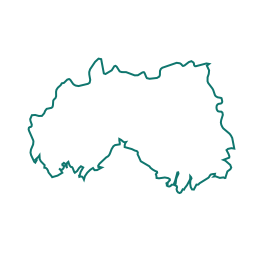 SVG path tracing the border of Côtes-d'Armor, rotated 169°
{"feature_id": "FRA-5283", "entity_name": "Côtes-d'Armor", "entity_type": "Metropolitan department", "adm_level": 1, "iso_a3": "FRA", "parent_name": "France", "parent_adm1": "", "projection": "mercator", "projection_center": [-2.816, 48.456], "detail": "fine", "context": "isolated", "style": "outline", "palette": "teal", "viewbox_px": 256, "rotation_deg": 169, "n_neighbors": 0, "source": "natural_earth", "source_scale": "10m", "svg_char_len": 3714}
<svg xmlns="http://www.w3.org/2000/svg" viewBox="0 0 256 256"><g transform="rotate(169 128 128)"><path d="M27.6,87.5L30.4,88.5L33.8,88.4L35.5,87.5L34.3,83.5L33.9,80.8L34.3,79.6L40.4,78.5L38.7,77.4L34.7,72.3L34.2,69.5L35.4,68.0L38.7,66.4L41.2,61.9L41.9,60.4L42.6,60.4L43.7,61.3L47.4,61.5L51.4,63.9L53.0,64.0L52.3,64.5L52.0,65.0L51.8,65.6L51.4,66.4L54.1,66.6L55.6,66.5L56.6,65.8L57.8,64.4L58.6,63.8L68.3,60.1L69.7,59.1L70.5,59.1L71.6,59.4L75.1,55.0L76.9,55.5L77.7,58.0L77.6,61.5L76.8,64.6L75.3,66.4L75.4,67.2L75.5,67.7L76.1,68.8L76.5,66.6L77.5,64.9L81.0,60.6L83.8,58.1L84.8,56.8L86.0,57.4L88.2,54.7L89.7,54.3L91.1,55.2L91.9,56.8L92.0,58.7L91.2,60.4L91.2,61.5L92.8,62.8L91.9,64.2L90.4,68.8L89.6,70.2L87.2,73.5L87.2,74.9L88.0,74.9L91.9,66.9L94.1,63.6L96.0,64.0L97.2,63.0L98.4,62.7L99.6,63.0L100.8,64.0L99.9,65.2L100.4,65.4L100.6,65.4L100.8,65.6L100.8,66.4L99.7,66.8L98.8,67.3L96.8,68.8L96.8,69.9L98.3,71.2L101.3,72.4L107.2,72.7L109.5,73.5L109.3,75.0L109.3,76.1L109.5,77.3L108.4,78.2L107.9,78.5L107.9,79.6L109.6,80.7L111.7,82.5L113.5,84.6L114.3,86.3L121.8,92.9L123.0,98.1L123.4,99.5L123.6,100.4L123.3,101.2L123.0,102.1L123.4,103.2L124.0,103.8L125.5,104.5L128.3,106.6L134.9,109.9L134.6,111.5L134.1,112.7L133.5,113.7L132.6,114.6L133.9,114.6L135.0,115.2L136.0,116.3L137.0,117.6L138.6,118.9L138.9,117.3L138.9,114.8L139.3,113.5L143.9,113.7L145.8,112.9L148.1,110.4L150.8,106.1L151.7,105.0L153.0,104.0L155.0,103.3L162.8,98.4L164.5,96.6L164.5,95.4L163.5,95.3L161.2,94.2L166.4,92.6L168.9,93.0L170.0,95.4L173.0,94.2L176.5,91.9L179.5,88.9L181.1,85.7L181.6,87.7L182.4,89.0L183.6,89.5L185.1,89.3L185.1,90.6L184.2,91.3L183.7,92.2L183.3,93.2L182.7,94.2L179.5,97.8L181.5,99.4L183.7,98.0L186.1,95.5L188.7,94.2L189.2,95.1L189.9,99.2L190.3,100.2L191.6,100.8L192.4,102.3L192.8,104.3L193.0,106.2L194.3,105.5L195.1,104.1L195.5,102.3L195.5,100.2L196.0,102.8L196.6,105.0L197.6,106.0L199.4,105.0L199.4,103.8L198.9,103.6L197.9,102.7L199.1,100.7L200.5,99.7L201.9,99.8L203.4,101.4L202.6,100.3L202.0,99.1L201.0,96.6L206.2,94.7L211.8,94.2L212.1,95.0L214.5,99.5L214.7,101.4L215.3,103.2L216.3,104.5L217.7,105.0L217.2,106.7L216.9,107.4L219.9,111.9L220.6,114.3L220.1,118.1L221.3,116.9L224.9,114.6L223.8,113.8L225.6,111.7L226.5,112.7L228.3,119.9L228.4,122.4L227.4,125.3L224.3,129.9L223.4,132.8L223.4,134.0L225.7,144.3L225.8,145.7L225.2,147.2L224.3,147.6L223.2,147.6L222.3,148.2L221.8,149.7L222.4,153.5L222.3,155.4L219.9,158.9L216.6,158.5L213.2,156.8L210.2,156.3L207.5,158.4L206.0,160.7L204.2,162.3L199.2,162.4L198.0,163.2L197.3,164.8L196.2,169.0L195.5,169.9L193.4,171.3L192.5,172.9L191.7,177.3L190.9,179.2L189.1,181.0L185.9,182.9L184.5,184.5L182.3,184.5L178.4,187.1L176.5,187.3L175.5,186.4L173.5,181.8L172.4,180.5L171.2,179.6L168.5,178.6L158.9,179.0L157.0,179.8L155.9,182.4L155.8,187.9L155.4,190.3L154.0,192.9L147.7,199.2L143.7,201.7L141.2,200.7L141.3,186.2L139.8,185.3L133.0,187.7L129.7,191.2L128.4,191.4L127.4,190.3L125.4,185.2L123.6,184.1L119.2,183.2L111.4,178.4L108.2,177.9L103.2,179.8L101.8,179.8L101.2,178.7L100.4,174.6L99.9,173.3L97.4,172.2L90.0,171.6L87.5,172.5L86.6,173.9L85.7,177.9L84.5,179.7L82.8,180.6L67.8,182.7L64.7,181.6L63.5,180.4L62.9,179.2L62.2,178.4L60.6,178.6L55.7,181.1L53.0,181.5L51.2,179.7L51.0,178.6L51.1,177.6L51.0,176.7L50.4,175.9L49.6,175.7L38.7,176.4L36.1,175.4L38.7,174.1L37.4,169.1L38.4,165.7L40.2,162.6L41.0,158.7L40.7,156.9L37.6,150.6L37.1,149.0L36.4,143.8L35.9,142.6L35.1,141.8L34.1,141.0L31.0,139.8L30.5,139.4L30.4,136.9L30.5,135.7L31.0,134.9L32.1,134.3L34.6,134.4L35.8,133.9L36.8,132.7L37.3,130.9L37.3,129.1L36.6,127.4L35.5,126.8L33.2,126.2L32.4,125.1L32.4,122.8L35.0,118.0L35.8,115.7L35.8,113.4L35.3,111.3L34.6,109.5L29.4,103.0L28.4,101.0L27.6,98.3L27.6,87.5Z" fill="none" stroke="#0f766e" stroke-width="2"/></g></svg>